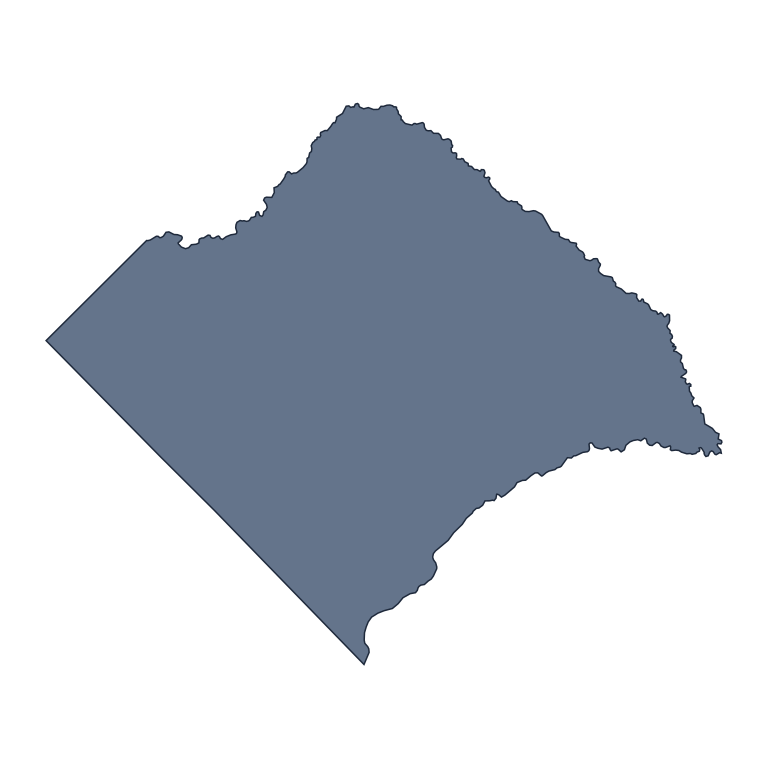 the district of Confluencia, Neuquén, Argentina
{"feature_id": "61730980B39164148007065", "entity_name": "Confluencia", "entity_type": "district", "adm_level": 2, "iso_a3": "ARG", "parent_name": "Argentina", "parent_adm1": "Neuquén", "projection": "mercator", "projection_center": [-68.398, -38.869], "detail": "fine", "context": "isolated", "style": "filled", "palette": "slate", "viewbox_px": 768, "rotation_deg": 0, "n_neighbors": 0, "source": "geoboundaries", "source_scale": "gbopen_adm2", "svg_char_len": 6131}
<svg xmlns="http://www.w3.org/2000/svg" viewBox="0 0 768 768"><path d="M612.3,277.6L611.0,276.9L603.7,275.6L600.6,273.5L598.6,271.4L598.6,268.6L600.2,265.5L600.4,264.1L598.6,262.1L597.4,258.9L596.3,258.6L593.5,258.8L591.4,260.3L589.9,260.7L585.2,259.3L584.1,256.8L584.6,255.7L583.5,253.1L582.5,251.9L579.1,250.0L576.1,246.1L576.6,244.1L576.1,243.2L570.8,242.4L569.8,241.8L568.4,239.6L565.1,239.3L560.3,237.0L559.4,236.3L559.3,233.5L558.5,232.4L553.9,232.0L551.3,230.9L542.7,215.6L541.6,214.3L535.5,211.0L533.4,210.7L529.0,211.6L525.2,211.4L522.2,209.5L521.8,208.7L521.9,207.2L521.5,205.9L517.8,203.6L517.2,201.8L512.9,201.6L511.4,200.7L509.3,201.6L507.5,201.1L501.0,196.5L498.4,192.1L496.8,191.8L495.7,190.6L495.4,189.5L493.8,188.7L491.6,186.6L488.6,180.8L489.8,178.9L489.6,177.7L488.5,177.1L486.3,177.8L484.6,177.3L483.9,176.3L485.0,172.8L484.3,170.3L483.4,169.7L481.3,169.6L480.7,170.9L480.1,171.3L477.0,169.6L474.4,169.6L471.6,166.5L468.4,165.9L468.1,163.4L464.7,161.7L463.3,159.0L461.7,158.5L460.7,159.2L457.0,159.0L456.3,157.7L456.7,155.6L456.5,153.4L455.2,152.8L453.1,153.0L451.5,151.8L451.1,148.1L452.4,147.0L452.6,145.4L451.7,144.7L451.2,141.1L449.6,139.5L448.0,138.8L443.8,139.8L442.3,139.4L441.6,138.6L440.5,135.4L438.4,133.4L433.5,133.3L430.9,130.6L428.4,130.8L426.3,130.3L424.5,127.4L424.1,124.1L423.3,123.0L422.3,122.6L416.6,124.2L415.6,123.6L414.1,123.5L412.0,125.1L405.4,123.6L403.2,121.6L402.4,120.1L401.1,119.8L401.1,116.5L398.4,113.8L398.1,111.3L396.6,109.0L396.5,107.3L395.9,106.9L393.5,106.8L392.7,105.8L389.9,105.0L386.9,105.2L383.4,106.4L381.0,106.3L378.8,109.1L378.1,109.4L373.5,109.5L368.3,107.6L363.7,108.8L359.8,107.1L359.1,106.3L358.7,104.4L357.5,103.5L355.4,104.1L353.9,107.1L353.0,106.8L350.7,107.4L348.9,105.9L346.2,106.2L342.5,113.5L336.6,117.2L336.5,119.3L335.0,122.8L333.7,122.6L332.7,123.4L330.8,126.4L327.3,130.6L325.0,130.5L320.7,132.5L320.3,134.0L320.7,135.5L320.0,137.0L319.1,137.4L318.0,137.0L317.0,137.5L316.9,139.5L315.0,140.1L314.6,141.2L312.7,142.6L311.2,145.7L311.8,148.5L311.4,151.5L309.6,153.0L308.7,157.4L307.1,158.4L307.0,161.9L306.4,163.6L303.1,167.6L297.3,172.4L295.9,173.0L293.8,173.0L291.5,173.9L289.1,171.8L287.6,171.9L285.3,175.0L285.3,176.2L283.8,178.9L280.1,184.1L279.1,184.5L277.6,186.4L274.0,187.8L274.3,192.6L271.8,197.4L266.3,197.2L264.6,198.0L263.6,200.2L266.5,204.4L267.2,207.4L265.9,210.1L263.7,211.7L263.1,214.9L261.9,216.4L259.6,215.4L258.5,212.0L257.1,211.8L255.9,213.3L255.5,216.3L253.2,217.3L251.3,217.4L249.6,220.1L248.6,220.9L246.5,221.4L244.0,220.7L242.3,221.0L240.1,220.5L237.0,222.3L236.0,224.7L235.7,227.9L236.9,231.8L236.7,233.0L235.8,234.0L230.9,234.8L226.2,236.7L222.6,239.4L220.5,238.6L219.4,236.6L218.4,236.0L216.6,236.6L214.9,237.8L212.8,238.3L210.9,237.3L210.0,235.4L208.1,235.1L203.6,238.0L201.8,238.0L199.8,238.8L199.1,239.6L198.9,242.9L196.3,244.2L191.4,244.7L188.7,247.7L185.5,248.7L181.4,247.1L178.3,243.8L178.1,242.9L181.2,240.1L182.0,238.9L182.2,237.3L181.5,236.1L177.5,234.7L174.0,234.5L168.9,231.9L166.0,232.3L163.4,236.2L161.2,237.5L159.8,237.7L158.1,236.3L156.3,236.3L150.3,240.0L147.9,240.6L146.6,240.5L46.1,340.6L160.3,456.6L214.4,510.4L364.0,664.5L369.1,652.4L368.8,648.9L367.7,646.6L364.8,643.3L364.2,640.1L364.5,632.7L366.2,626.9L368.2,621.9L371.6,617.1L377.8,613.2L384.1,610.7L392.4,608.5L398.2,603.6L403.0,597.7L410.1,593.7L415.5,592.7L417.3,590.4L418.1,587.7L419.0,586.4L420.9,585.1L424.4,584.5L428.1,581.1L431.3,579.0L433.4,576.0L436.7,568.8L436.8,567.0L435.7,562.9L433.6,560.0L432.9,558.1L432.7,556.9L433.4,553.6L435.4,551.0L448.1,540.4L453.7,532.7L462.3,524.3L466.3,518.3L472.3,513.1L473.2,511.2L476.3,508.4L479.0,508.0L482.7,505.2L485.0,500.9L489.7,500.8L492.6,500.2L494.1,500.6L496.0,498.2L496.6,494.4L496.9,494.1L498.7,494.7L501.4,497.1L504.9,495.1L514.5,486.9L517.0,482.6L522.4,480.4L525.7,480.2L530.8,475.8L534.9,473.0L537.7,472.8L541.5,476.0L542.4,475.8L546.2,472.6L548.9,471.1L554.9,469.6L557.1,467.8L560.1,467.0L561.3,466.2L567.4,457.7L571.4,458.0L573.7,455.9L575.8,455.7L582.8,452.4L587.5,451.7L588.6,450.9L589.2,450.0L589.5,448.4L589.0,444.1L590.3,442.8L592.0,443.0L594.9,447.1L598.0,448.3L602.1,449.1L607.9,447.2L609.7,448.0L610.1,449.6L611.1,450.8L617.1,448.8L618.3,449.3L621.1,451.9L624.4,449.8L625.9,445.3L629.9,441.9L633.3,440.5L637.8,439.7L640.8,440.8L644.4,438.2L646.3,439.1L647.3,443.1L649.6,445.2L652.2,445.5L656.1,442.6L657.3,442.4L659.4,443.5L661.0,446.0L663.9,447.5L665.5,447.5L670.0,445.8L670.7,446.9L670.3,449.7L671.7,450.6L675.7,450.1L678.9,450.5L681.4,452.1L686.8,453.8L690.4,453.5L692.1,454.3L695.8,453.5L696.9,452.2L699.4,451.2L699.8,449.3L699.0,448.1L700.4,447.6L701.3,447.9L703.2,450.7L704.3,452.7L704.1,453.5L704.6,454.9L705.9,456.5L708.2,455.8L709.8,452.1L711.5,450.9L713.2,451.6L714.7,454.0L715.5,454.5L716.2,454.7L719.6,452.7L721.3,453.2L720.6,449.6L718.0,446.8L717.1,444.8L717.9,443.6L721.0,443.9L721.9,442.2L721.5,440.6L718.2,439.0L719.0,433.9L715.5,432.3L712.4,428.4L704.8,423.9L703.6,414.9L703.2,414.0L700.9,412.9L700.9,409.2L700.3,407.6L697.0,405.4L694.3,406.3L693.8,406.0L692.2,402.6L692.3,400.7L694.0,398.0L691.7,395.7L690.9,393.1L689.5,391.2L689.2,387.0L689.5,386.4L690.8,386.2L690.8,384.5L689.4,383.4L687.5,384.2L686.4,383.8L685.3,381.8L685.8,379.5L685.6,378.9L681.0,377.2L681.4,376.4L685.8,373.3L686.5,372.2L686.5,371.1L685.8,369.8L684.7,369.7L683.5,368.5L682.3,363.5L680.6,362.0L680.5,360.0L681.5,358.0L681.5,355.4L676.4,351.7L673.7,351.1L673.8,350.1L675.7,348.6L675.8,346.9L674.9,346.3L673.3,346.8L672.7,346.5L672.9,345.8L673.8,345.4L674.1,344.5L671.4,342.5L670.6,340.8L670.6,339.4L672.2,338.1L672.4,336.2L671.5,334.3L670.0,333.4L670.1,330.5L667.7,328.0L667.0,326.3L667.3,325.2L668.8,323.2L669.6,320.7L669.5,315.1L668.6,314.4L667.3,314.3L666.0,316.1L664.7,316.8L663.9,316.5L662.5,314.1L660.7,312.6L658.3,314.2L657.5,314.1L657.0,312.3L655.7,311.1L652.8,310.7L650.8,309.6L648.5,304.7L647.5,303.8L643.9,302.1L643.2,299.5L642.7,299.1L641.8,299.2L640.6,301.1L638.8,301.1L636.6,297.6L636.8,294.6L635.9,293.8L631.8,292.9L629.3,293.5L626.1,293.4L621.3,289.0L616.4,286.8L615.6,285.9L615.7,283.5L614.7,282.0L613.4,281.2L612.3,277.6Z" fill="#64748b" stroke="#1e293b" stroke-width="1.5"/></svg>